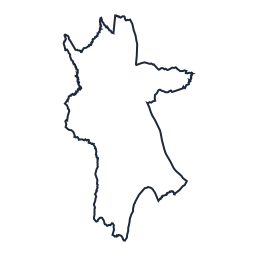 the district of Mueang Nong Bua Lam Phu, Nong Bua Lam Phu, Thailand
{"feature_id": "78962969B75435650034529", "entity_name": "Mueang Nong Bua Lam Phu", "entity_type": "district", "adm_level": 2, "iso_a3": "THA", "parent_name": "Thailand", "parent_adm1": "Nong Bua Lam Phu", "projection": "equal_earth", "projection_center": [102.349, 17.151], "detail": "fine", "context": "isolated", "style": "outline", "palette": "slate", "viewbox_px": 256, "rotation_deg": 0, "n_neighbors": 0, "source": "geoboundaries", "source_scale": "gbopen_adm2", "svg_char_len": 5546}
<svg xmlns="http://www.w3.org/2000/svg" viewBox="0 0 256 256"><path d="M130.1,19.6L128.1,20.2L127.4,19.8L126.0,20.4L125.3,19.8L124.6,16.8L124.0,16.3L122.4,16.3L121.3,17.3L120.5,17.6L119.6,16.9L119.4,17.0L119.3,16.6L118.6,16.3L118.0,16.6L117.0,15.8L116.5,16.0L116.2,15.5L115.2,15.4L113.5,32.8L113.0,32.3L112.3,32.9L111.4,32.3L111.0,31.0L110.4,30.5L109.3,30.4L108.2,28.1L107.7,28.1L107.4,27.2L106.5,27.3L106.6,26.8L106.3,26.9L106.2,26.5L105.6,26.5L105.2,25.4L103.9,24.5L103.6,23.2L101.7,20.9L101.9,19.8L101.2,17.8L100.5,18.2L100.8,18.7L100.1,19.7L100.0,20.2L100.3,20.3L99.9,21.4L100.3,23.4L100.2,24.0L100.7,24.4L100.4,25.0L100.6,25.4L100.7,25.1L100.8,25.4L100.6,25.5L101.0,26.1L100.6,26.2L100.6,27.4L100.3,27.3L99.8,28.8L99.9,29.1L100.3,29.2L100.0,29.3L100.2,29.8L99.7,30.3L99.6,31.7L99.3,31.5L98.9,31.9L98.3,33.5L97.8,33.5L98.0,33.9L97.4,35.0L97.4,35.8L96.9,35.7L96.4,36.9L95.5,36.8L95.0,37.1L94.9,38.1L94.0,38.9L92.9,39.0L92.5,39.8L92.8,40.3L92.6,41.0L92.8,41.4L92.1,42.4L91.6,42.2L91.3,42.5L91.5,43.1L91.2,43.3L91.4,44.2L91.0,45.0L89.6,44.8L89.6,45.3L89.1,45.4L89.0,45.9L88.7,45.7L88.5,46.2L86.1,47.8L83.7,48.2L82.8,49.9L82.2,50.4L81.9,51.8L81.3,52.1L80.8,52.0L80.4,50.9L80.1,50.6L77.9,50.4L77.3,49.9L75.5,49.8L70.0,40.4L68.9,39.2L68.8,37.4L67.8,35.8L67.0,35.7L66.1,34.9L65.1,34.6L64.5,35.4L65.9,38.9L65.5,39.2L65.3,40.6L64.4,41.2L64.5,41.9L64.0,42.2L63.7,43.3L64.0,45.0L64.4,45.6L65.0,48.4L65.2,50.0L65.7,50.3L66.9,49.5L68.2,51.2L68.6,52.9L69.7,53.9L70.2,54.8L70.0,56.2L71.3,59.9L72.8,61.1L72.9,62.1L73.3,62.3L73.4,63.5L73.9,63.7L73.9,64.2L74.4,64.1L75.0,64.7L75.2,65.9L75.5,66.1L75.4,66.7L75.8,66.8L75.8,67.3L76.1,67.3L76.3,69.0L76.7,68.9L77.0,69.6L77.7,70.1L77.5,70.3L77.8,72.2L77.5,73.0L77.2,72.9L77.5,73.5L77.0,74.0L77.2,74.3L76.8,75.3L76.9,75.8L76.2,75.9L76.5,76.2L76.1,76.5L77.2,77.3L77.4,77.1L77.5,77.8L77.8,77.4L78.1,77.6L78.1,78.6L78.4,79.5L77.6,79.7L77.5,80.9L77.8,81.3L77.6,81.6L77.8,82.1L78.2,81.7L78.7,81.8L78.7,82.6L79.0,82.7L78.7,83.4L78.9,83.7L78.6,83.5L78.7,83.9L78.4,84.2L79.5,86.4L79.8,86.4L79.7,86.8L80.6,87.3L80.5,87.9L80.8,88.1L81.2,87.8L81.3,88.2L80.3,89.3L79.8,88.4L79.5,88.8L79.3,88.2L79.0,88.7L79.0,88.3L78.6,88.5L78.2,89.2L77.8,89.4L77.6,91.3L77.4,91.2L77.0,91.8L76.5,91.7L76.7,92.2L76.3,92.9L76.1,92.8L76.1,93.4L75.2,94.3L74.8,93.9L74.6,94.3L74.3,94.0L73.7,94.8L72.6,94.0L72.0,94.6L71.5,94.6L71.5,95.0L70.4,95.5L70.5,95.8L69.9,95.8L68.7,96.6L68.6,98.7L67.9,99.2L67.8,99.9L67.7,99.7L67.2,100.0L66.7,101.3L64.9,103.6L66.9,105.3L67.9,107.4L67.8,108.6L68.7,109.2L69.3,111.0L67.8,115.8L67.2,120.5L66.3,120.1L65.4,121.2L66.3,124.5L65.6,127.1L68.6,129.7L71.5,130.3L73.4,132.0L74.7,135.4L74.7,136.3L74.4,136.9L75.6,137.4L77.5,137.1L78.7,138.8L78.8,139.7L82.1,139.3L84.3,140.3L85.4,139.3L86.5,140.4L87.9,139.8L88.9,140.1L88.6,142.5L89.4,142.6L89.4,143.0L90.4,142.9L91.7,144.0L92.3,144.0L92.6,143.6L93.7,143.9L93.4,144.5L95.3,147.4L95.0,148.4L95.8,148.8L96.3,151.6L95.9,154.8L96.5,155.3L96.4,156.8L96.9,157.0L97.1,157.9L98.0,158.1L97.8,159.5L97.5,159.9L97.7,160.2L97.4,162.4L97.7,164.4L97.5,165.6L97.8,166.8L96.5,169.4L95.3,174.1L97.4,180.2L97.0,184.0L97.7,184.7L97.2,186.7L97.6,187.6L96.3,190.5L96.3,191.3L96.7,191.3L95.0,194.2L95.5,194.6L96.2,196.9L95.5,198.3L95.3,200.5L93.9,204.5L95.0,207.8L94.5,209.1L94.5,214.7L94.0,217.4L94.1,219.2L96.3,221.6L97.6,221.1L98.0,219.8L99.7,217.9L101.0,217.6L102.1,217.9L103.8,220.6L104.7,224.0L105.3,224.5L106.1,224.6L107.0,225.8L107.6,225.8L108.5,225.0L109.0,224.9L110.4,225.2L112.0,223.2L112.8,223.5L113.9,225.3L113.6,226.8L114.0,229.8L112.5,234.9L114.0,235.7L114.9,236.6L116.0,236.1L116.4,236.3L116.6,235.9L116.9,236.5L117.8,235.9L117.9,235.2L118.6,234.9L121.3,235.8L122.9,238.4L123.0,239.2L123.8,240.4L124.5,240.6L124.9,240.6L126.9,237.6L127.2,234.6L128.2,230.9L128.2,228.1L129.4,222.9L129.9,218.6L131.3,214.5L133.0,211.4L133.1,208.4L134.1,204.0L135.0,202.8L135.3,201.6L139.0,194.8L144.7,188.2L147.0,187.7L148.0,187.0L150.8,187.8L152.4,188.9L155.0,192.7L158.4,200.8L160.0,198.8L160.6,199.0L161.3,197.4L162.1,197.3L162.1,196.3L162.4,196.2L162.4,195.9L166.4,194.9L166.4,194.2L167.2,193.9L167.2,193.0L169.2,192.4L169.9,191.6L170.2,192.0L171.6,191.2L172.4,191.7L172.8,191.4L173.9,192.8L174.0,194.2L174.7,194.4L174.8,193.6L179.5,190.1L182.7,186.2L184.7,185.1L186.8,181.1L183.0,178.2L181.4,175.8L176.2,171.2L173.9,168.5L170.3,161.4L166.2,154.4L165.3,152.4L164.2,148.9L162.0,140.4L160.6,132.8L159.9,130.2L155.0,120.1L152.2,115.4L150.8,112.1L149.3,107.4L147.3,103.0L148.0,103.3L149.8,102.1L151.3,102.6L152.7,101.4L155.2,100.7L154.7,98.5L155.0,94.9L156.7,93.5L158.3,90.5L159.1,89.8L160.0,89.7L162.0,90.9L164.0,91.4L164.9,92.0L166.5,92.3L168.2,92.2L168.9,91.4L169.8,91.2L170.5,90.5L171.0,90.5L172.1,92.0L182.5,88.5L183.4,86.7L184.1,87.9L184.5,87.7L185.0,88.1L186.4,85.0L188.8,84.3L188.9,83.2L188.6,82.4L189.0,82.1L189.1,81.1L189.7,81.3L189.7,80.8L190.1,80.8L189.8,80.3L190.2,80.5L190.8,79.4L190.6,79.1L191.2,78.3L190.9,77.8L191.1,77.1L190.9,76.9L190.9,76.3L191.2,76.3L191.0,75.7L191.5,74.8L191.8,74.8L191.6,74.2L192.1,74.0L192.0,73.7L192.3,73.6L191.9,73.5L192.0,72.9L191.6,72.6L190.5,73.0L189.5,72.7L187.6,73.3L185.8,73.1L185.9,71.8L186.1,71.7L186.4,71.0L184.7,70.4L182.8,71.0L180.2,71.1L176.8,68.5L176.2,67.5L175.7,67.3L174.0,68.0L172.2,67.6L169.8,69.1L167.7,70.0L166.6,69.6L165.6,68.7L164.4,69.3L163.3,68.4L162.1,68.0L160.3,68.6L159.9,69.3L158.9,69.7L157.7,68.8L153.7,64.3L152.9,64.6L151.2,63.5L150.0,63.9L144.8,62.4L142.1,62.9L136.4,65.0L136.1,64.8L136.0,63.7L136.8,55.4L137.2,43.8L136.5,41.1L135.5,35.3L133.7,30.2L132.4,24.1L130.1,19.6Z" fill="none" stroke="#1e293b" stroke-width="2"/></svg>